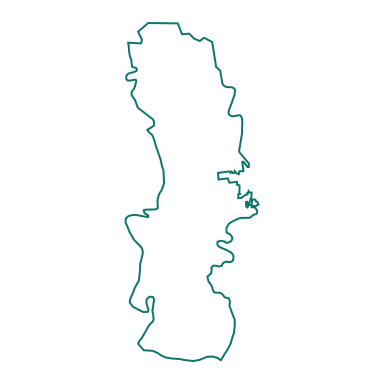 the district of Sokuluk, Chuy, Kyrgyzstan
{"feature_id": "92254566B29732535637196", "entity_name": "Sokuluk", "entity_type": "district", "adm_level": 2, "iso_a3": "KGZ", "parent_name": "Kyrgyzstan", "parent_adm1": "Chuy", "projection": "albers", "projection_center": [74.357, 42.835], "detail": "fine", "context": "isolated", "style": "outline", "palette": "teal", "viewbox_px": 384, "rotation_deg": 0, "n_neighbors": 0, "source": "geoboundaries", "source_scale": "gbopen_adm2", "svg_char_len": 3614}
<svg xmlns="http://www.w3.org/2000/svg" viewBox="0 0 384 384"><path d="M184.3,360.0L193.5,361.0L199.2,360.0L207.1,356.8L213.0,356.6L217.5,357.9L220.8,360.2L228.0,348.7L230.8,343.1L232.3,337.7L234.0,332.7L234.7,326.4L234.8,320.0L231.3,311.0L229.5,305.7L229.9,301.4L228.9,298.3L224.8,297.4L222.8,294.7L220.3,292.8L217.4,292.8L214.3,292.4L212.8,289.7L212.1,287.0L211.0,284.7L208.8,282.0L207.8,278.9L207.5,276.5L211.2,273.3L211.5,270.1L211.5,267.4L213.4,265.6L216.3,265.8L217.9,266.2L219.1,266.5L221.8,265.7L222.3,264.2L223.7,262.6L226.0,261.6L227.6,261.9L229.6,262.1L231.3,261.8L233.1,260.3L233.5,256.9L233.2,255.1L231.2,252.5L226.5,250.0L219.7,247.2L217.8,245.6L217.4,244.1L217.5,242.0L217.5,241.8L220.1,240.8L224.6,241.5L226.0,242.8L228.4,242.6L231.2,241.0L232.3,239.0L232.0,236.7L230.0,234.3L226.6,232.5L226.4,229.5L226.7,227.3L228.8,223.9L231.3,222.0L238.5,218.5L242.2,217.8L244.4,217.9L250.1,217.7L253.4,214.9L255.9,214.1L257.0,213.2L257.2,211.8L256.7,209.8L254.9,207.4L251.7,207.2L252.0,205.5L253.1,206.1L254.4,205.9L254.9,206.4L255.2,206.4L256.3,205.9L257.5,204.6L258.4,204.5L257.5,202.1L256.0,201.3L255.3,199.6L252.4,199.5L251.5,204.7L248.7,205.3L247.4,207.4L246.1,206.5L246.1,202.0L247.0,201.8L247.0,203.5L247.8,203.2L247.9,204.4L248.3,204.9L249.7,201.7L250.7,198.3L251.4,198.0L251.6,192.6L249.1,192.4L248.5,191.3L247.9,193.4L247.3,193.1L246.8,194.7L245.9,194.6L241.5,197.8L238.3,198.2L238.3,194.4L240.1,193.9L239.3,192.7L239.5,188.5L239.5,187.0L239.4,185.3L237.0,184.8L237.1,181.9L229.4,182.7L227.8,178.4L218.6,179.5L218.0,172.9L229.4,171.4L230.6,173.0L231.7,171.6L232.8,173.0L234.7,172.7L234.8,171.2L236.6,173.4L238.8,174.2L239.4,171.2L243.4,171.2L242.3,161.8L243.6,161.8L247.5,167.0L248.8,167.0L248.9,163.5L239.5,152.4L239.1,150.2L239.8,147.0L242.0,133.5L242.1,130.9L242.1,128.6L242.3,122.3L242.1,119.0L241.3,116.6L240.1,115.3L238.3,115.3L235.3,116.0L233.2,116.3L231.5,116.0L229.6,115.2L228.6,113.6L228.6,111.5L228.9,110.7L229.5,108.9L229.8,107.8L231.1,104.5L231.9,102.4L234.4,95.2L235.2,90.4L234.4,88.6L232.1,87.3L226.2,87.0L224.1,85.9L222.4,83.6L220.8,74.3L220.3,70.8L215.9,66.7L215.8,64.7L212.2,42.1L204.1,37.7L199.8,41.0L194.0,38.6L189.3,33.7L182.0,34.2L177.8,23.4L148.2,23.0L138.1,31.7L142.0,39.8L141.0,43.4L128.2,42.7L128.8,47.0L129.1,51.4L130.0,57.0L131.2,59.3L131.7,64.3L132.3,67.0L134.3,67.4L136.3,68.2L136.8,69.5L136.7,70.7L134.0,72.1L130.9,72.8L128.5,73.6L127.2,74.5L126.5,75.7L126.2,77.4L126.4,79.3L127.8,80.6L130.5,80.5L134.2,79.7L135.7,79.8L136.3,80.9L135.9,83.1L135.3,84.9L135.1,86.1L134.0,88.7L132.3,90.8L131.4,93.1L131.9,95.5L132.7,96.8L135.1,100.2L137.8,107.7L145.1,113.3L152.6,119.1L153.8,121.2L154.2,123.5L153.7,125.8L147.4,129.9L148.5,131.8L152.3,135.1L154.2,139.9L155.8,145.7L160.6,159.6L161.9,165.8L163.4,170.0L164.1,183.0L161.9,189.6L159.1,194.2L157.5,200.1L157.8,207.9L155.9,209.4L151.8,209.5L145.2,209.7L143.7,210.3L144.5,213.2L147.5,214.9L148.3,215.7L148.0,217.1L142.7,216.2L137.8,215.2L133.4,214.9L128.7,215.9L125.7,218.6L125.6,222.5L127.7,227.3L129.8,232.7L132.1,236.4L134.3,240.2L139.6,245.4L142.1,248.5L142.9,252.8L141.9,257.2L140.2,263.8L140.0,270.1L139.1,278.8L138.6,281.5L137.3,283.3L134.6,288.2L133.2,292.4L131.0,297.0L129.9,300.4L129.8,302.7L133.2,307.0L143.3,312.1L147.7,311.9L148.4,310.1L146.5,303.2L146.5,299.6L149.3,296.7L152.9,297.0L154.2,299.4L153.5,303.0L153.2,305.8L152.4,310.8L153.3,315.7L153.6,319.5L152.5,322.0L150.8,323.3L148.4,326.3L146.4,330.0L144.7,333.1L143.1,335.7L141.6,338.3L139.7,340.4L138.1,343.7L143.7,350.2L153.0,350.9L158.0,353.2L161.6,355.7L166.3,357.6L172.7,358.6L179.5,359.0L184.3,360.0Z" fill="none" stroke="#0f766e" stroke-width="2"/></svg>